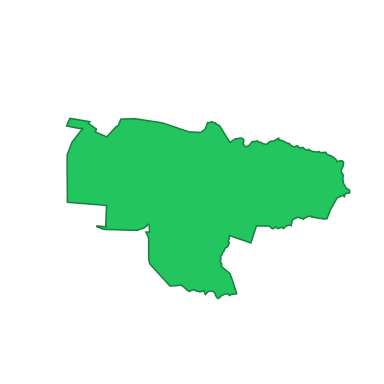 Villaldama, Nuevo León, Mexico (Robinson projection), rotated 296°
{"feature_id": "50627088B63922247713166", "entity_name": "Villaldama", "entity_type": "district", "adm_level": 2, "iso_a3": "MEX", "parent_name": "Mexico", "parent_adm1": "Nuevo León", "projection": "robinson", "projection_center": [-100.368, 26.476], "detail": "fine", "context": "isolated", "style": "filled", "palette": "green", "viewbox_px": 384, "rotation_deg": 296, "n_neighbors": 0, "source": "geoboundaries", "source_scale": "gbopen_adm2", "svg_char_len": 5298}
<svg xmlns="http://www.w3.org/2000/svg" viewBox="0 0 384 384"><g transform="rotate(296 192 192)"><path d="M128.1,84.5L142.5,121.1L124.3,129.0L123.0,130.3L119.9,121.4L119.1,121.7L119.2,123.6L119.3,123.7L119.4,125.0L119.5,127.4L119.6,128.0L119.7,128.8L120.0,129.8L123.8,138.1L123.9,138.3L124.1,138.7L126.3,143.6L126.2,143.6L127.7,146.8L127.9,147.2L128.0,147.4L128.8,149.3L130.1,152.1L132.6,157.4L133.7,159.9L133.9,160.1L134.4,160.2L135.0,161.0L136.0,161.7L136.7,162.9L137.2,163.2L138.5,164.5L141.4,166.2L142.0,166.1L143.5,166.6L144.0,167.1L143.6,167.9L143.0,168.3L142.5,168.5L139.0,170.5L137.5,171.4L135.8,168.1L131.9,173.0L131.1,173.4L129.0,174.5L125.6,176.2L121.8,178.0L116.8,180.5L112.5,182.7L108.9,185.5L97.8,213.4L101.5,219.9L103.4,222.7L103.3,225.1L101.8,230.4L101.3,233.0L104.9,236.0L104.9,239.3L105.8,243.1L107.5,244.9L107.6,245.1L108.3,246.0L105.7,248.9L109.8,250.2L110.3,251.3L111.1,252.4L111.6,253.0L111.9,253.7L111.6,254.9L111.5,256.0L110.5,257.9L109.3,258.5L108.3,260.3L107.6,262.0L109.3,263.3L110.6,263.4L112.8,264.8L114.3,266.1L115.4,267.4L116.2,268.3L115.4,271.2L117.4,272.4L119.9,276.6L120.2,276.8L130.3,267.1L135.3,262.0L137.8,251.9L137.8,251.5L138.0,251.1L138.5,250.8L138.6,250.7L138.8,250.7L138.9,250.4L139.0,250.3L139.3,250.4L139.5,250.4L139.8,250.4L140.0,250.4L140.3,250.3L140.4,250.1L140.5,250.0L140.5,249.9L140.7,249.6L140.8,249.6L141.0,249.5L141.1,249.4L141.2,249.2L141.3,248.6L141.4,248.4L141.5,248.3L141.6,248.2L141.6,248.3L141.8,248.2L142.1,248.0L142.3,247.9L142.6,247.8L142.8,247.6L143.0,247.5L143.4,247.6L143.6,247.6L144.1,247.4L145.1,247.1L145.4,246.7L146.2,246.0L146.5,245.8L147.8,246.3L148.5,246.3L148.9,246.4L149.6,246.4L150.1,246.2L150.4,246.2L150.5,246.2L150.8,246.1L151.0,246.1L151.3,246.1L151.5,246.2L151.6,246.3L151.9,246.5L152.1,246.5L152.3,246.5L152.5,246.5L153.3,246.7L153.5,246.7L154.0,246.5L154.2,246.4L154.3,246.4L154.5,246.4L154.8,246.5L155.0,246.5L155.1,246.4L155.3,246.4L155.5,246.4L155.7,246.5L155.9,246.5L156.3,246.6L156.6,246.7L156.8,246.8L157.2,247.0L157.5,247.2L157.7,247.5L157.8,247.5L158.1,247.7L158.2,247.8L158.3,247.9L158.8,248.0L159.0,248.0L159.3,248.1L159.5,248.2L159.9,248.1L160.1,248.1L160.4,247.9L160.5,247.8L160.7,247.7L160.8,247.6L161.4,247.8L161.6,247.9L162.0,248.1L162.3,248.1L162.6,247.8L162.7,247.5L162.9,247.2L163.2,246.8L163.5,246.5L163.7,246.3L163.8,246.3L164.0,246.3L164.2,246.2L164.3,246.2L164.5,246.1L164.8,246.0L165.2,245.9L165.4,245.9L165.6,245.9L165.9,245.9L166.0,246.0L166.3,246.0L166.7,245.9L167.0,245.9L167.2,245.7L167.5,245.4L167.8,245.3L168.5,245.2L168.8,245.1L169.0,244.9L169.3,244.8L169.6,247.4L170.6,256.0L170.7,255.9L172.0,267.3L189.7,264.8L195.2,276.2L194.2,280.4L195.0,281.4L197.2,282.3L197.1,283.9L196.7,284.6L197.2,285.8L198.2,286.8L198.8,287.1L199.3,287.5L199.6,288.7L199.2,290.3L201.2,291.0L202.3,291.6L203.4,292.1L203.6,292.3L203.9,292.7L204.5,293.4L204.6,293.7L204.9,294.5L205.2,296.0L206.0,295.6L206.4,295.6L206.7,295.6L207.1,295.4L207.8,295.2L208.5,294.9L208.8,294.8L209.0,294.8L209.9,294.6L210.2,294.5L210.5,294.6L211.3,294.8L211.9,295.2L212.1,295.2L212.7,295.6L213.8,296.6L214.8,297.2L215.2,297.6L216.1,298.9L216.0,300.4L216.4,304.3L217.9,304.5L218.1,304.4L218.9,305.6L219.8,306.2L220.5,306.6L222.4,309.0L222.2,310.0L221.8,311.0L222.8,311.9L222.8,313.5L223.3,314.9L223.8,315.6L223.6,316.7L224.3,318.6L225.1,320.2L225.1,321.6L227.0,325.0L237.1,324.2L250.4,325.1L255.5,329.3L254.4,331.0L254.5,331.1L256.3,330.5L258.9,331.4L259.6,333.3L260.0,334.0L260.3,334.1L262.7,332.9L263.0,329.0L266.0,324.7L267.4,323.3L268.4,323.4L269.7,321.7L272.9,320.9L274.2,319.6L274.7,318.2L275.4,317.9L276.6,316.6L278.2,316.4L279.9,316.6L282.6,316.3L283.1,315.9L285.0,315.5L285.9,313.7L285.2,311.7L283.0,309.3L284.6,306.7L285.1,304.2L285.6,300.9L285.2,299.7L285.1,296.5L286.0,295.4L286.2,294.1L284.4,292.1L284.4,291.4L283.6,289.4L284.1,288.6L282.8,286.8L281.6,283.9L281.1,280.4L281.6,278.3L280.0,277.4L279.9,274.4L280.5,273.0L280.7,272.1L278.9,270.0L279.7,266.6L279.3,265.7L277.9,264.6L277.1,263.5L277.2,260.6L277.9,258.8L278.4,258.2L277.7,257.4L277.8,252.0L277.7,250.0L277.1,247.6L278.4,246.3L273.3,242.9L272.8,241.2L271.3,240.0L269.9,238.9L268.0,238.6L267.0,236.9L266.5,233.6L266.7,233.1L266.9,231.7L265.9,230.0L266.8,228.3L265.6,227.5L265.3,226.8L265.0,225.9L264.1,225.3L263.8,224.0L258.4,222.8L258.0,222.2L257.6,221.9L256.6,221.1L256.4,220.4L256.4,219.4L256.8,218.3L257.4,217.7L257.7,217.0L258.0,216.7L258.4,216.4L258.8,216.4L259.2,216.4L259.7,216.6L260.7,216.1L261.7,215.6L262.0,215.1L262.2,214.7L262.2,213.8L262.0,212.3L258.5,207.5L253.2,204.3L263.6,187.9L263.7,186.4L263.7,186.2L263.7,185.7L263.7,184.9L263.7,184.5L263.8,184.6L263.9,183.4L264.3,183.2L264.2,182.5L263.9,181.5L263.9,180.5L264.1,179.4L263.5,178.6L263.3,178.5L263.0,178.3L262.7,178.2L262.0,177.0L261.9,176.8L261.8,176.6L261.5,176.2L261.1,175.5L259.6,175.9L257.7,175.9L254.2,176.2L249.4,173.8L244.7,162.9L242.2,143.3L241.7,139.0L240.9,134.3L232.9,108.6L226.4,96.2L218.5,96.5L217.9,95.3L204.2,91.2L203.6,78.8L206.6,78.6L208.3,68.8L210.4,69.3L204.7,49.9L202.5,50.0L196.4,50.3L198.5,58.6L198.7,59.3L198.9,59.8L199.0,60.3L199.1,60.5L199.1,60.8L199.1,61.1L199.2,61.3L199.5,62.2L199.6,62.4L199.8,62.8L200.1,63.5L200.3,63.8L201.2,65.8L187.6,63.1L184.6,62.3L170.7,63.5L158.1,69.5L146.3,75.5L128.1,84.5Z" fill="#22c55e" stroke="#15803d" stroke-width="1.5"/></g></svg>